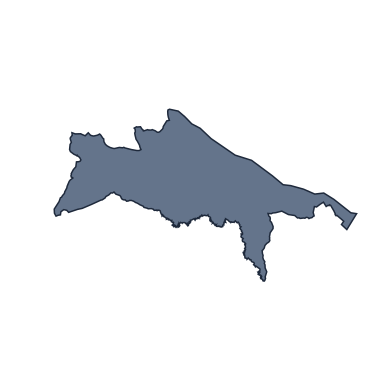 the district of Ga West Municipal, Greater Accra, Ghana, rotated 328°
{"feature_id": "2480657B90617621807510", "entity_name": "Ga West Municipal", "entity_type": "district", "adm_level": 2, "iso_a3": "GHA", "parent_name": "Ghana", "parent_adm1": "Greater Accra", "projection": "robinson", "projection_center": [-0.382, 5.705], "detail": "fine", "context": "isolated", "style": "filled", "palette": "slate", "viewbox_px": 384, "rotation_deg": 328, "n_neighbors": 0, "source": "geoboundaries", "source_scale": "gbopen_adm2", "svg_char_len": 6121}
<svg xmlns="http://www.w3.org/2000/svg" viewBox="0 0 384 384"><g transform="rotate(328 192 192)"><path d="M205.9,305.8L206.7,305.7L208.6,304.2L209.0,302.8L213.1,299.3L213.8,295.1L215.3,292.5L215.5,290.9L216.8,289.7L216.8,287.0L217.4,285.0L218.7,283.4L219.1,281.6L220.5,278.8L221.5,278.7L223.6,277.8L225.5,276.0L228.2,275.2L230.4,275.2L231.8,274.7L232.5,274.1L232.6,273.3L233.7,271.9L233.9,271.1L236.7,268.0L241.3,266.0L242.5,264.2L243.3,259.8L243.0,258.2L243.2,257.2L244.1,256.4L244.9,254.6L244.4,253.3L245.1,250.5L247.9,252.5L249.2,252.5L252.0,253.9L258.0,255.8L261.8,262.2L266.7,266.4L267.7,269.9L269.2,270.7L269.6,271.6L270.2,272.0L272.7,273.1L273.9,274.1L275.4,274.0L276.4,274.8L277.0,275.6L277.1,276.5L278.6,276.7L280.1,277.3L281.9,276.9L282.9,277.0L283.9,273.6L288.1,269.2L289.7,270.7L294.4,270.3L298.1,270.3L298.1,275.4L300.3,275.4L301.0,276.2L301.8,275.7L302.5,276.8L302.3,283.2L301.9,286.5L301.4,287.0L301.6,288.5L302.5,288.6L305.2,297.2L301.5,298.8L303.4,305.9L320.1,297.6L315.7,293.8L308.4,273.4L303.2,262.7L295.0,258.8L288.1,248.7L279.1,238.9L273.1,234.1L268.8,221.0L259.3,196.7L248.1,183.6L236.5,156.9L232.7,142.3L227.9,134.1L225.8,124.4L223.2,116.1L216.8,109.9L215.1,109.7L214.1,110.8L212.5,113.7L211.6,115.9L210.8,119.2L208.3,118.3L202.4,121.2L201.2,122.5L200.3,123.0L196.7,123.8L195.5,123.7L194.3,123.0L193.2,120.5L191.3,118.0L190.3,117.9L188.1,116.5L187.4,115.6L183.4,114.6L183.1,114.3L183.4,113.6L182.9,111.9L182.9,109.4L179.9,107.8L179.5,107.3L176.8,107.2L177.0,108.8L175.7,111.1L174.7,111.6L173.8,113.7L172.5,117.7L172.6,119.6L172.3,124.4L171.6,126.4L171.2,129.0L169.1,128.8L167.2,127.6L163.1,123.9L158.4,119.0L157.9,118.0L156.5,117.7L154.0,115.7L149.4,114.1L148.2,113.2L146.1,110.8L144.5,108.0L143.8,105.6L144.0,102.6L145.3,100.1L144.9,99.2L144.8,95.5L144.4,93.9L141.9,93.7L138.4,92.5L137.4,91.7L136.0,90.1L135.4,86.8L131.2,87.7L128.8,84.3L128.6,83.7L123.8,80.9L121.6,78.1L120.5,80.4L117.6,81.5L116.9,82.3L116.0,85.9L113.8,87.1L110.7,91.1L110.3,93.3L111.9,97.5L113.2,99.4L113.4,100.1L114.1,100.1L113.9,100.7L114.6,101.7L115.0,103.6L114.8,105.9L113.5,106.6L112.1,106.3L110.0,105.2L106.8,109.1L103.3,110.1L99.3,112.4L99.1,113.1L98.0,114.0L97.6,115.0L97.5,115.4L98.3,116.4L98.4,117.0L95.1,117.3L93.5,117.9L89.1,121.0L88.0,122.2L84.2,124.4L83.0,125.6L80.3,126.4L78.6,127.3L77.3,127.2L74.2,129.7L66.1,133.5L64.1,137.1L63.9,140.4L66.2,140.8L68.3,141.7L70.3,139.3L73.9,139.0L76.1,141.2L76.6,143.9L85.8,146.1L90.2,147.7L100.4,149.3L110.5,150.6L111.6,151.1L115.1,151.0L116.6,150.2L119.8,150.4L122.8,149.8L124.2,150.8L125.8,150.7L126.3,153.5L129.0,156.8L129.1,158.2L128.8,159.9L129.0,161.3L130.2,162.8L131.1,163.1L131.7,165.2L133.6,166.0L134.5,166.0L136.1,167.0L137.7,169.0L138.6,171.1L139.2,171.7L140.4,173.7L140.8,174.8L143.1,178.2L143.1,179.6L145.4,182.0L145.9,183.0L148.8,184.6L150.1,186.2L150.1,187.2L150.4,187.7L152.6,188.7L152.4,189.2L152.6,189.4L154.1,189.7L154.9,190.6L155.0,191.3L154.5,192.8L154.2,195.3L154.5,195.5L154.2,196.1L155.1,195.7L155.1,196.6L154.5,196.8L155.3,197.2L155.0,197.9L155.5,198.4L156.2,200.6L157.0,200.2L155.9,201.6L156.9,201.8L157.1,201.2L157.3,201.3L158.0,202.8L157.4,202.7L157.3,203.1L158.1,203.4L158.7,204.8L159.8,205.4L158.8,206.3L159.6,207.6L160.2,207.8L160.2,208.2L159.1,209.1L159.0,209.7L159.3,210.2L158.8,210.1L158.5,209.6L157.6,209.6L157.6,209.8L158.0,210.5L158.4,210.7L158.3,211.5L159.3,211.0L159.7,211.3L159.1,212.2L159.2,212.4L159.6,212.0L160.1,212.0L159.9,213.5L161.4,213.1L161.4,213.8L161.8,213.9L161.6,214.5L162.2,214.5L162.3,213.7L163.1,213.6L163.3,213.9L163.0,214.2L163.1,214.4L163.9,213.9L163.7,212.5L163.5,212.4L163.0,212.7L162.7,212.5L163.0,212.2L163.7,211.7L164.1,212.1L164.4,211.7L164.4,212.5L166.2,211.7L167.0,212.7L167.1,213.3L167.8,213.0L169.4,213.9L169.9,214.5L169.9,215.5L171.8,216.1L170.3,217.0L170.5,218.5L171.3,218.4L171.7,217.6L172.5,217.4L172.8,217.0L173.2,217.3L174.1,217.1L174.1,215.8L175.2,216.4L175.7,215.1L176.9,215.6L179.7,215.7L179.7,217.5L180.5,217.1L181.1,216.4L182.0,217.4L182.8,217.2L183.6,217.9L183.5,217.0L185.1,217.8L185.5,216.8L186.4,217.0L186.7,217.4L188.0,216.8L188.1,217.9L188.9,217.7L189.3,218.2L190.5,218.4L191.4,219.6L192.7,220.2L193.4,219.9L193.1,221.5L193.9,222.5L194.1,223.5L193.6,224.5L193.3,224.0L192.8,224.3L192.6,225.0L192.0,225.8L192.4,226.3L193.0,225.6L193.3,225.8L193.3,227.1L192.7,226.8L192.4,227.1L193.1,228.2L193.6,228.6L193.6,228.9L193.0,229.3L193.8,229.3L193.6,230.1L193.9,231.2L194.5,231.5L194.3,232.2L195.0,232.4L194.1,232.7L195.0,233.4L194.6,234.1L196.2,235.2L196.8,235.1L197.1,236.0L197.9,236.9L198.2,236.7L198.5,237.3L199.8,237.6L200.4,236.4L201.6,236.8L201.9,236.0L202.4,235.7L202.7,235.0L203.3,235.1L203.6,234.7L204.5,235.6L204.6,234.8L204.2,234.0L204.8,233.9L205.0,233.3L205.6,233.6L206.3,232.5L207.5,234.7L208.1,237.2L208.6,237.6L208.7,238.5L209.5,238.2L210.1,239.0L211.2,239.5L211.6,240.1L213.4,239.4L213.9,241.8L214.2,242.2L214.9,241.9L215.2,242.0L215.3,243.7L214.9,244.4L215.2,244.9L214.7,245.5L214.5,246.6L214.6,247.2L215.0,247.5L213.4,248.1L213.5,250.5L213.7,250.9L213.0,251.8L213.3,252.9L212.6,254.5L212.1,254.7L211.9,254.3L212.1,254.0L211.4,253.6L211.0,254.8L210.0,255.6L209.8,256.6L210.8,258.6L209.2,259.3L208.7,260.8L209.6,262.0L210.1,264.2L209.6,264.7L209.2,264.2L208.8,264.5L208.7,265.9L208.1,267.3L206.8,267.7L207.1,268.9L206.0,269.8L205.8,269.8L205.7,269.3L205.4,269.4L205.4,270.2L205.0,270.9L204.4,271.0L204.3,270.3L203.4,270.3L203.0,271.8L203.6,271.9L203.7,272.2L203.2,272.4L202.7,273.2L203.2,273.5L202.0,276.0L203.3,277.4L203.0,278.2L204.6,277.8L204.5,278.3L205.0,278.8L205.2,280.3L205.9,280.4L206.1,280.8L205.7,281.9L205.7,282.7L207.1,284.6L206.8,285.9L205.7,286.3L206.2,287.7L206.1,289.0L206.9,288.7L208.8,293.1L208.4,294.1L207.8,294.5L206.6,294.7L206.5,295.1L207.2,295.1L207.3,295.4L206.8,296.2L206.5,296.2L206.3,295.3L205.9,295.4L205.4,295.0L205.3,295.9L205.5,296.9L205.2,297.2L204.8,296.6L204.5,296.8L204.9,297.7L205.3,298.0L205.4,298.5L206.0,298.6L206.2,298.9L206.3,299.5L205.8,299.9L206.3,300.5L205.7,301.1L205.1,300.6L204.8,300.7L204.7,301.1L205.0,302.0L204.6,302.1L205.0,302.6L205.5,304.4L205.1,304.8L205.9,305.8Z" fill="#64748b" stroke="#1e293b" stroke-width="1.5"/></g></svg>